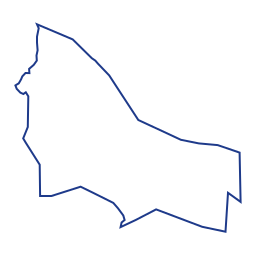 Pau dos Ferros, Rio Grande do Norte, Brazil (Natural Earth projection)
{"feature_id": "56859067B96737558006709", "entity_name": "Pau dos Ferros", "entity_type": "district", "adm_level": 2, "iso_a3": "BRA", "parent_name": "Brazil", "parent_adm1": "Rio Grande do Norte", "projection": "natural_earth1", "projection_center": [-38.202, -6.103], "detail": "fine", "context": "isolated", "style": "outline", "palette": "blue", "viewbox_px": 256, "rotation_deg": 0, "n_neighbors": 0, "source": "geoboundaries", "source_scale": "gbopen_adm2", "svg_char_len": 691}
<svg xmlns="http://www.w3.org/2000/svg" viewBox="0 0 256 256"><path d="M15.4,85.4L16.7,88.8L20.3,92.6L23.3,94.0L25.8,92.3L28.3,96.3L27.8,127.0L23.2,138.4L25.7,142.6L39.7,164.7L40.1,196.0L51.4,196.0L80.6,186.7L92.7,192.6L113.3,202.9L118.0,208.3L123.3,215.5L124.6,220.0L121.6,222.5L120.6,227.1L135.7,220.0L156.1,209.4L202.2,226.8L225.5,231.7L228.0,192.8L240.6,201.9L239.6,152.6L217.7,145.1L198.8,143.4L180.9,139.8L138.3,120.0L117.4,88.0L109.2,75.4L97.9,63.6L95.3,60.6L91.8,58.2L72.7,39.4L37.0,24.3L38.7,28.2L37.0,36.7L37.0,42.6L37.6,50.3L36.5,55.5L36.8,60.6L33.8,64.8L29.1,68.9L29.4,73.1L25.5,73.0L22.3,76.4L21.1,79.3L18.8,83.3L15.4,85.4Z" fill="none" stroke="#1e3a8a" stroke-width="2"/></svg>